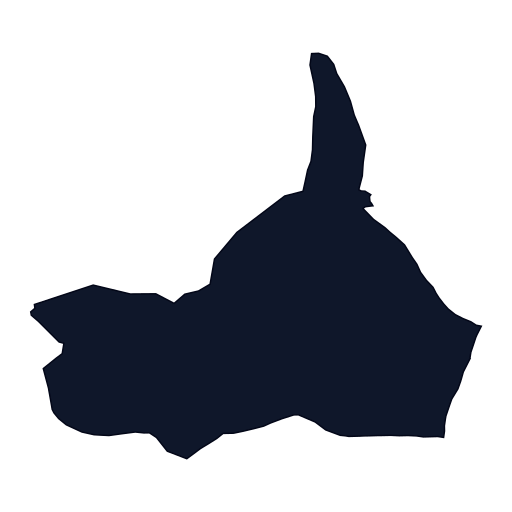 Shomgom, Gombe, Nigeria (Albers equal-area conic projection)
{"feature_id": "59680162B64183111122385", "entity_name": "Shomgom", "entity_type": "district", "adm_level": 2, "iso_a3": "NGA", "parent_name": "Nigeria", "parent_adm1": "Gombe", "projection": "albers", "projection_center": [11.229, 9.728], "detail": "fine", "context": "isolated", "style": "filled", "palette": "ink", "viewbox_px": 512, "rotation_deg": 0, "n_neighbors": 0, "source": "geoboundaries", "source_scale": "gbopen_adm2", "svg_char_len": 2126}
<svg xmlns="http://www.w3.org/2000/svg" viewBox="0 0 512 512"><path d="M43.3,368.6L48.5,388.1L49.0,391.1L49.6,394.4L51.6,405.8L52.2,409.4L54.0,412.9L58.7,418.6L66.3,424.8L81.9,432.0L94.0,434.7L100.9,435.1L109.0,435.5L121.3,433.8L135.3,432.0L143.9,432.9L149.4,432.8L156.5,437.5L167.3,451.2L186.8,458.7L196.4,451.6L197.3,450.9L200.4,448.6L203.8,446.5L206.3,445.0L208.6,443.6L216.7,438.5L223.1,433.4L233.4,433.2L233.9,433.1L234.0,433.1L243.1,431.2L254.0,428.6L263.7,426.1L270.5,423.0L281.9,418.7L293.8,414.9L298.4,414.8L299.1,415.1L315.2,422.0L325.7,429.9L340.2,435.3L345.3,435.8L348.8,436.4L359.7,436.1L363.7,435.9L368.8,435.8L378.5,435.5L381.2,435.5L390.6,435.3L399.3,435.7L407.9,435.5L416.5,435.9L423.4,436.9L437.7,436.5L443.6,437.4L444.5,431.1L444.5,430.7L444.4,425.8L445.4,418.9L445.9,416.0L449.7,404.8L451.8,398.9L457.9,388.9L460.6,381.3L461.3,379.0L463.3,371.9L469.9,358.9L469.7,358.9L469.9,358.5L470.9,352.1L473.1,345.6L475.8,337.4L477.3,334.0L477.4,333.9L481.3,326.2L476.1,325.2L470.9,321.8L462.8,318.5L455.2,314.6L448.2,309.0L443.7,304.0L439.0,297.9L438.8,297.6L435.8,292.9L435.5,292.2L433.3,287.9L432.9,287.2L426.4,280.4L420.5,272.3L416.9,264.3L412.4,257.8L412.2,257.5L404.5,244.9L396.3,237.5L389.4,231.8L385.2,227.9L373.5,219.4L363.0,208.6L363.2,208.1L364.4,207.4L365.1,206.8L365.9,206.7L366.2,206.6L368.0,206.4L370.2,206.1L372.9,205.8L371.5,203.4L370.0,201.6L369.7,199.2L369.5,196.5L370.8,194.7L365.3,191.4L365.1,191.2L361.2,191.0L358.9,189.8L359.1,188.2L362.3,175.9L363.2,162.5L365.7,145.0L361.3,132.8L358.4,124.8L357.5,122.8L357.4,122.6L354.2,115.0L350.4,101.2L344.4,86.8L336.7,73.6L333.7,64.4L327.3,56.2L318.6,53.3L311.6,53.6L310.0,65.0L314.0,83.4L315.7,96.6L315.8,106.7L313.7,116.6L312.8,137.0L312.5,149.8L311.0,161.4L310.1,163.7L308.0,169.1L307.8,169.5L307.7,169.7L305.1,181.9L303.0,191.3L284.7,196.0L236.9,232.4L214.5,259.0L210.1,284.2L198.5,291.0L184.8,294.2L174.1,303.4L155.8,293.8L130.2,294.0L93.2,285.1L34.4,304.5L34.9,308.3L30.7,311.9L30.9,312.8L31.3,315.2L38.4,321.3L59.1,342.0L63.9,343.3L62.2,353.7L56.3,358.1L52.1,361.5L43.5,368.4L43.3,368.6Z" fill="#0f172a" stroke="#020617" stroke-width="1.5"/></svg>